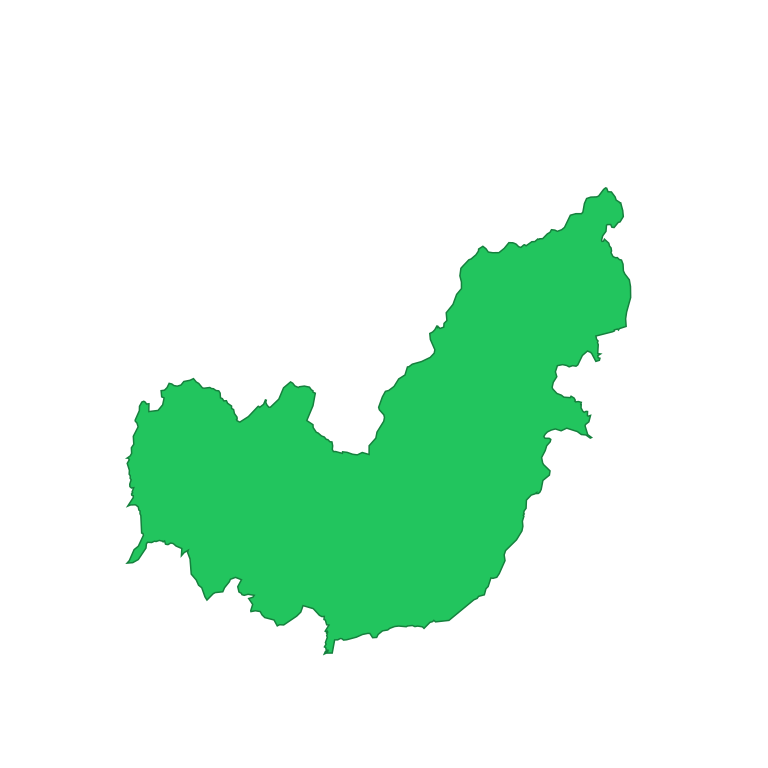 outline of Almasu, Salaj, Romania, rotated 116°
{"feature_id": "2599482B45956025048806", "entity_name": "Almasu", "entity_type": "district", "adm_level": 2, "iso_a3": "ROU", "parent_name": "Romania", "parent_adm1": "Salaj", "projection": "robinson", "projection_center": [23.079, 46.933], "detail": "fine", "context": "isolated", "style": "filled", "palette": "green", "viewbox_px": 768, "rotation_deg": 116, "n_neighbors": 0, "source": "geoboundaries", "source_scale": "gbopen_adm2", "svg_char_len": 6171}
<svg xmlns="http://www.w3.org/2000/svg" viewBox="0 0 768 768"><g transform="rotate(116 384 384)"><path d="M629.9,527.1L628.3,523.3L625.9,521.4L625.5,519.8L623.1,517.4L622.3,513.9L622.7,513.3L621.3,512.4L623.7,510.2L623.5,509.1L623.0,507.7L620.4,506.0L619.8,503.5L620.8,499.9L620.5,493.6L627.2,490.8L623.1,489.7L619.2,487.1L621.4,486.8L626.3,481.6L639.4,473.9L642.5,466.8L646.1,462.5L647.0,458.5L653.8,451.6L655.8,448.4L647.4,445.6L645.5,444.3L641.4,437.8L637.0,438.0L629.5,436.3L626.9,436.5L622.9,432.7L622.4,426.3L630.3,426.6L634.5,423.2L634.7,420.4L635.6,419.3L635.2,417.0L632.6,414.0L630.8,408.0L633.2,408.4L636.1,411.6L639.7,405.4L646.2,404.4L646.9,403.8L644.2,400.2L642.8,395.5L645.0,392.4L646.2,388.8L644.3,379.4L648.2,373.9L646.1,372.3L644.5,368.5L630.9,360.7L625.5,358.8L618.7,359.6L616.9,349.1L620.2,340.7L620.3,337.9L619.1,335.8L622.0,334.7L621.9,333.2L625.5,330.0L624.8,327.8L632.0,328.5L632.1,327.3L631.0,326.6L631.7,325.8L633.1,326.3L633.6,325.3L635.3,325.2L636.5,323.9L642.1,323.3L643.3,322.0L646.4,322.3L646.5,320.8L648.6,319.2L647.8,317.7L648.3,317.3L649.9,317.5L649.5,319.0L650.0,319.4L652.8,319.3L651.2,318.0L648.5,312.6L635.6,316.2L634.2,313.4L631.9,311.7L631.4,310.1L631.9,308.1L630.2,305.4L623.6,297.8L618.5,293.5L615.2,289.2L614.4,287.3L617.0,283.0L615.0,279.5L611.7,279.5L606.5,277.1L603.4,272.8L601.1,271.7L597.3,268.1L595.1,264.7L592.4,257.6L591.2,256.8L588.6,252.6L588.5,249.9L586.8,247.6L585.4,243.0L586.1,240.9L578.1,238.2L576.2,236.1L574.6,235.6L575.2,233.4L568.0,222.0L538.5,208.6L535.9,206.3L533.4,205.9L529.5,201.4L523.3,202.6L520.4,201.6L511.5,202.9L510.9,200.9L508.3,197.9L503.9,197.3L489.7,197.8L484.9,201.1L480.4,201.7L466.0,196.6L455.6,195.6L451.0,196.8L446.6,199.5L441.5,200.3L440.9,201.3L439.3,201.0L439.0,201.8L436.6,202.4L433.5,201.8L425.9,205.1L419.3,203.0L416.6,200.2L414.7,199.2L415.6,198.9L414.7,197.3L412.9,196.5L409.9,196.5L401.0,198.9L393.4,195.4L389.3,196.7L386.5,205.2L385.4,206.8L381.0,210.1L373.2,209.9L368.2,210.7L363.1,209.3L360.7,209.8L360.4,211.7L362.2,215.5L361.2,217.3L358.4,217.1L355.4,216.1L352.1,213.5L349.3,210.3L348.4,204.3L343.6,200.4L342.0,189.4L342.9,184.5L341.3,180.2L342.2,174.9L341.1,174.0L340.2,178.7L333.4,185.0L332.0,185.1L328.2,183.3L321.7,184.6L323.3,186.2L323.3,187.3L319.5,189.0L320.0,190.4L321.7,191.7L321.2,193.6L319.0,196.5L316.1,197.7L316.2,198.2L314.0,198.6L314.6,201.7L316.1,203.9L315.7,205.1L314.7,205.0L313.3,207.0L313.0,210.5L314.6,210.6L317.0,216.6L316.3,219.6L316.7,224.5L314.5,230.1L313.3,231.4L308.3,232.6L301.7,231.9L297.9,235.3L291.5,236.2L288.3,232.0L287.3,228.0L287.4,225.1L284.8,222.5L283.8,219.2L281.9,218.2L271.4,218.2L265.2,215.6L265.0,212.2L265.6,210.6L270.8,203.5L268.3,200.8L266.2,201.2L266.5,203.0L264.8,204.3L262.1,202.6L262.9,205.3L254.7,208.7L253.2,210.3L251.5,210.5L250.7,212.5L248.0,214.6L236.8,201.4L235.3,200.2L234.4,200.7L232.3,198.3L232.7,196.9L231.1,196.8L226.1,191.6L219.5,195.4L212.9,197.5L198.2,200.2L188.3,205.2L182.8,209.2L179.5,215.8L177.4,218.4L171.5,221.7L168.5,224.9L169.0,227.0L168.1,229.7L169.0,231.2L169.1,234.0L166.4,237.6L164.7,237.8L162.1,239.6L161.2,241.7L158.9,243.7L157.2,249.4L159.4,249.3L160.3,250.6L159.4,251.5L154.9,252.4L149.5,251.4L143.8,253.6L142.9,253.2L141.3,250.2L143.2,247.9L142.5,245.8L136.1,244.3L134.8,242.9L128.6,242.3L123.4,245.5L117.4,250.7L117.8,251.6L117.4,252.0L116.9,256.0L114.6,258.2L111.7,263.8L113.0,266.9L110.4,269.7L110.6,270.8L112.8,271.9L121.0,273.5L122.6,274.9L125.4,280.1L128.5,283.2L133.9,283.0L142.3,280.6L144.4,281.2L146.8,286.2L150.6,290.5L164.1,290.4L167.4,291.9L170.8,295.1L170.8,297.9L171.9,301.1L174.9,301.3L177.5,303.0L183.8,305.1L185.3,307.8L186.2,308.2L186.2,309.3L189.9,310.9L191.3,313.5L197.5,316.9L197.2,318.6L197.7,319.3L201.2,320.8L201.6,323.1L200.4,326.4L200.4,328.3L200.6,330.1L202.2,333.7L209.4,335.4L215.6,338.3L218.4,343.9L219.7,348.1L217.7,351.7L216.9,355.5L221.2,358.1L223.2,357.4L227.6,358.0L233.4,360.5L235.2,362.2L243.8,364.9L246.3,365.6L253.5,363.2L258.4,359.1L264.3,356.2L271.6,358.0L282.2,356.9L292.7,359.3L299.4,355.3L303.2,356.6L306.7,355.2L309.6,358.1L308.9,359.9L309.7,360.5L308.5,361.1L308.7,361.9L313.0,362.1L316.0,363.1L318.5,365.0L323.7,361.8L330.9,353.3L334.3,352.4L339.8,354.1L347.4,360.1L353.8,367.3L357.6,369.2L358.4,370.4L366.7,369.1L373.0,373.0L381.8,373.9L387.7,376.9L390.0,379.5L396.3,379.8L407.3,378.6L409.2,376.9L411.8,370.6L413.9,368.9L417.6,367.9L430.3,369.2L436.2,367.6L446.0,370.3L453.9,366.5L455.1,373.5L459.4,376.9L460.9,381.4L461.6,387.2L463.1,391.5L464.6,391.0L465.9,397.8L466.9,399.8L465.5,401.8L462.1,403.0L458.9,405.4L459.6,407.3L458.6,410.1L459.1,411.5L457.8,414.5L458.1,417.4L456.9,421.9L457.1,423.6L454.2,428.6L451.7,430.0L450.7,437.4L434.7,438.3L422.4,441.7L422.5,444.2L421.2,444.9L421.1,446.7L419.5,449.6L420.8,454.7L423.6,458.9L424.7,459.4L424.8,463.3L423.3,466.4L423.1,468.9L431.5,472.6L443.7,471.9L454.6,475.9L455.4,477.4L454.0,480.3L452.2,482.3L450.2,482.7L450.3,483.6L455.0,483.3L459.5,485.5L459.0,486.9L459.4,487.4L472.8,491.6L481.5,496.9L481.4,500.1L480.6,501.0L479.9,500.6L478.2,501.6L476.1,505.5L472.9,508.0L472.8,510.2L470.6,511.4L469.9,516.1L468.1,518.3L469.4,520.6L468.0,522.9L468.1,524.9L464.0,527.3L462.6,529.5L463.5,532.3L463.0,535.2L463.7,537.1L463.5,539.0L466.7,543.9L467.1,545.5L464.7,550.8L464.5,553.6L462.7,557.6L465.7,560.0L469.5,565.0L473.9,566.0L476.6,568.9L477.5,572.2L477.0,574.7L477.6,577.4L482.3,577.4L485.8,578.6L487.7,581.4L493.0,578.2L492.9,575.6L493.8,575.3L499.7,573.8L506.8,575.5L511.9,583.3L504.8,586.6L506.1,588.7L505.0,590.5L504.8,592.3L506.3,593.7L511.2,594.0L515.2,592.2L525.6,591.8L526.4,591.3L527.4,588.9L530.3,586.2L540.9,586.4L547.8,582.5L552.1,583.1L557.0,580.4L560.0,580.6L563.2,582.4L562.8,581.4L563.7,579.7L567.9,580.0L573.2,575.0L576.8,573.5L577.7,571.8L580.1,570.8L580.9,569.3L585.5,568.6L587.6,567.4L588.2,565.4L586.9,563.5L591.5,563.1L592.0,562.2L593.5,562.7L594.5,561.9L594.3,560.4L596.1,559.6L606.1,560.8L603.9,558.9L601.5,554.4L602.2,551.0L604.7,549.1L605.1,547.6L607.6,546.4L608.8,544.9L624.2,536.5L624.0,535.2L625.5,533.9L637.5,533.7L642.4,536.0L654.4,535.5L657.6,536.4L654.7,531.5L649.5,527.9L635.8,526.0L631.8,527.5L629.9,527.1Z" fill="#22c55e" stroke="#15803d" stroke-width="1.5"/></g></svg>